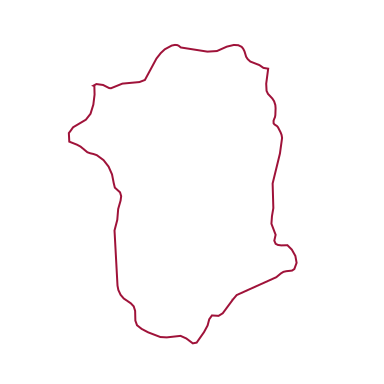 Sikkim, Natural Earth projection, rotated 165°
{"feature_id": "IND-3259", "entity_name": "Sikkim", "entity_type": "State", "adm_level": 1, "iso_a3": "IND", "parent_name": "India", "parent_adm1": "", "projection": "natural_earth1", "projection_center": [88.435, 27.596], "detail": "fine", "context": "isolated", "style": "outline", "palette": "rose", "viewbox_px": 384, "rotation_deg": 165, "n_neighbors": 0, "source": "natural_earth", "source_scale": "10m", "svg_char_len": 1590}
<svg xmlns="http://www.w3.org/2000/svg" viewBox="0 0 384 384"><g transform="rotate(165 192 192)"><path d="M297.5,272.4L295.7,280.8L293.6,282.4L290.1,285.3L275.8,289.3L269.8,293.8L264.7,301.9L260.9,311.3L258.9,319.6L259.7,320.2L256.4,321.0L250.2,318.4L245.1,313.8L243.4,313.2L231.2,314.7L214.3,311.8L208.5,312.4L191.8,330.1L186.2,334.3L181.3,336.9L173.7,338.7L170.4,338.5L168.2,337.7L167.0,336.7L165.4,334.5L140.8,323.6L131.4,321.7L120.7,323.4L113.5,323.2L109.3,321.8L106.5,319.4L105.5,317.2L104.9,314.3L104.7,308.6L103.8,305.9L101.9,302.9L94.0,297.1L90.9,293.4L86.5,291.4L92.3,277.4L93.8,270.4L93.2,267.1L90.2,261.5L89.2,258.4L89.0,254.4L89.6,251.2L91.6,244.7L92.5,242.8L93.7,241.3L94.8,239.7L95.4,237.2L94.9,236.0L92.8,233.6L92.2,232.3L91.0,226.7L90.7,224.0L91.0,220.9L97.1,206.4L111.9,179.4L117.6,155.4L121.0,148.0L123.5,140.8L122.3,129.0L125.1,123.7L124.6,120.3L122.7,118.6L119.5,117.3L113.6,115.9L110.5,110.5L108.7,103.5L109.3,96.5L113.1,91.1L115.7,90.2L121.5,91.1L124.3,91.2L127.1,90.4L132.6,87.9L175.5,80.9L180.4,77.5L180.5,77.5L180.5,77.4L193.7,66.9L198.4,65.5L204.7,67.6L208.3,64.6L211.5,59.0L216.7,53.5L226.5,45.3L230.4,45.6L235.4,52.0L240.3,56.0L254.0,58.1L260.1,60.1L270.7,67.8L276.1,72.8L279.5,77.4L279.6,77.5L280.0,82.4L277.7,91.9L277.9,96.6L279.9,100.3L285.5,106.8L287.6,111.2L288.5,116.4L288.2,120.8L276.8,174.9L271.4,184.4L267.7,194.7L263.2,202.2L261.5,206.3L261.6,210.3L265.4,216.2L265.3,220.9L264.7,229.7L266.0,238.1L269.2,245.7L274.4,252.2L277.5,254.3L280.2,255.7L282.8,257.5L287.9,264.7L290.9,267.5L297.5,272.4Z" fill="none" stroke="#9f1239" stroke-width="2"/></g></svg>